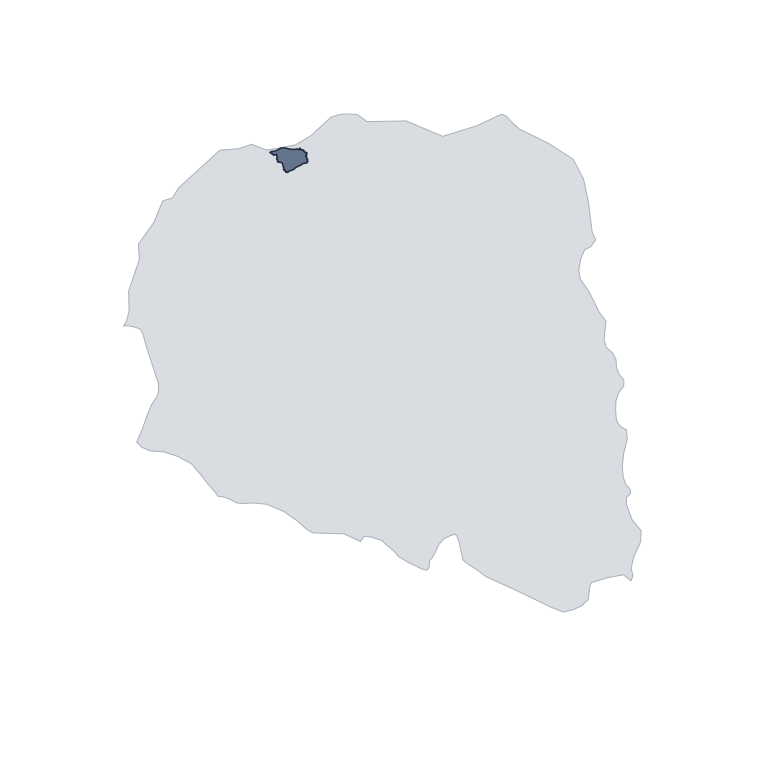 Soca, Canelones, Uruguay shown in context, rotated 162°
{"feature_id": "84410073B54882123998895", "entity_name": "Soca", "entity_type": "district", "adm_level": 2, "iso_a3": "URY", "parent_name": "Uruguay", "parent_adm1": "Canelones", "projection": "mercator", "projection_center": [-55.499, -34.679], "detail": "fine", "context": "in_parent", "style": "filled", "palette": "slate", "viewbox_px": 768, "rotation_deg": 162, "n_neighbors": 0, "source": "geoboundaries", "source_scale": "gbopen_adm2", "svg_char_len": 5429}
<svg xmlns="http://www.w3.org/2000/svg" viewBox="0 0 768 768"><g transform="rotate(162 384 384)"><path d="M613.7,519.7L609.0,524.0L604.0,532.0L598.1,551.3L578.2,578.0L574.2,593.1L552.8,608.9L537.7,626.7L527.8,626.2L518.9,633.9L467.8,657.1L449.4,652.7L435.8,652.8L423.2,642.6L394.4,638.8L376.3,642.9L352.0,654.2L344.7,654.0L339.4,653.4L326.3,648.8L319.1,638.8L281.7,627.4L251.7,601.4L216.2,600.9L189.0,604.3L184.8,600.9L182.0,594.2L176.4,584.6L153.0,561.8L134.6,539.2L130.9,517.1L133.5,493.0L139.0,464.6L138.1,455.8L144.8,450.7L151.6,449.7L158.1,442.4L163.9,431.3L164.8,423.0L160.3,407.5L157.2,385.9L153.5,375.2L161.0,358.3L161.3,350.1L157.0,342.9L155.8,335.5L157.8,327.9L157.4,320.6L154.7,313.6L156.7,307.8L163.6,303.2L168.7,296.2L172.0,286.8L173.7,279.6L173.8,274.6L171.8,269.9L167.6,265.5L169.5,256.8L177.6,243.7L182.8,232.1L185.2,222.0L185.1,213.8L182.4,207.6L183.5,203.4L188.5,201.2L190.7,194.7L190.0,178.4L184.8,165.0L188.8,154.4L200.1,142.2L205.9,132.3L206.4,124.8L209.9,120.5L215.3,128.6L231.4,130.7L247.5,131.0L250.1,129.0L256.5,115.7L264.8,111.9L273.9,110.9L283.9,111.6L294.5,120.4L324.4,149.1L346.4,169.1L353.1,178.6L358.9,185.7L363.3,192.3L361.5,209.5L361.7,217.0L362.8,219.2L367.8,219.3L375.3,218.1L381.5,214.4L386.4,208.9L391.2,204.4L395.1,202.0L396.5,198.4L398.7,194.6L401.0,193.8L405.4,196.6L415.7,206.4L423.6,215.5L425.6,220.7L428.6,226.1L431.9,230.8L434.2,235.5L442.0,241.5L449.8,245.3L455.1,241.4L468.4,253.9L497.8,264.4L503.2,270.8L508.2,279.8L518.5,293.5L532.7,305.8L544.2,311.0L555.2,314.0L561.3,316.7L565.5,321.5L572.2,326.6L576.5,328.5L577.9,333.0L582.2,343.0L586.8,355.7L591.7,367.5L602.4,378.8L614.5,387.6L627.0,392.6L634.0,398.8L637.1,405.2L628.6,414.7L619.5,426.8L611.4,436.2L603.0,442.8L600.3,447.4L598.4,454.5L598.5,492.0L597.8,506.1L598.4,509.8L599.6,512.3L604.9,516.0L611.1,519.2L613.7,519.7Z" fill="#d9dde1" stroke="#a8b0b8" stroke-width="1"/><path d="M390.8,634.1L391.1,634.2L391.9,633.9L392.6,633.5L392.9,633.3L393.1,633.4L393.2,633.5L393.2,633.8L393.4,634.0L393.6,634.2L393.9,634.5L394.2,634.3L395.8,634.4L396.1,634.6L396.5,635.0L397.4,635.2L398.4,635.2L398.9,635.4L399.3,635.7L399.8,636.2L400.4,636.4L400.9,636.5L401.3,636.7L401.9,636.8L402.1,637.0L402.6,637.4L403.2,637.9L404.0,638.3L404.6,638.8L405.2,639.1L405.6,639.2L405.9,639.4L406.5,639.4L408.2,640.0L408.9,640.1L409.3,640.3L409.7,640.2L410.3,640.0L410.7,639.9L413.3,639.5L414.7,639.2L415.5,639.2L416.2,639.3L416.7,639.5L417.3,639.5L419.4,639.9L419.8,639.9L420.1,639.6L420.8,639.4L420.7,639.1L420.2,638.5L420.1,638.3L419.9,638.1L419.8,637.9L419.7,637.8L419.4,637.9L419.2,637.8L419.1,637.7L419.0,637.4L419.1,637.1L418.9,636.7L418.4,636.0L418.3,635.9L418.1,635.7L417.9,635.6L417.6,635.7L417.4,635.7L417.2,635.7L416.8,635.5L416.6,635.5L416.3,635.5L416.1,635.5L415.6,635.7L415.4,635.7L415.2,635.6L415.2,635.4L415.3,635.3L415.4,635.2L415.5,635.1L415.5,634.9L415.4,634.7L415.4,634.4L415.5,634.2L415.6,633.8L415.6,633.6L415.4,633.2L415.4,632.8L415.6,632.5L415.5,632.3L415.5,632.1L415.6,631.9L415.8,631.8L416.0,631.8L416.3,631.7L416.4,631.4L416.5,631.2L416.4,631.1L416.4,630.7L416.2,630.6L416.2,630.4L416.1,630.2L416.2,629.8L416.2,629.6L416.3,629.5L416.3,629.4L416.3,629.2L416.2,629.1L416.2,628.9L416.3,628.9L416.2,628.6L416.3,628.5L416.4,628.4L416.4,628.2L416.3,627.9L416.2,627.8L416.2,627.7L415.9,627.5L415.7,627.4L415.4,627.4L415.4,627.5L415.1,627.6L414.9,627.4L414.6,627.2L414.4,627.1L414.2,627.0L414.1,626.9L414.0,626.7L413.9,626.6L413.7,626.6L413.4,626.5L413.4,626.4L413.2,626.2L413.0,625.9L412.9,625.8L412.9,625.7L412.7,625.5L412.5,625.4L412.4,625.3L412.4,625.2L412.4,624.9L412.4,624.7L412.5,624.5L412.5,624.4L412.5,624.1L412.6,623.9L412.6,623.5L412.6,623.2L412.6,622.9L412.6,622.7L412.6,622.2L412.6,621.9L412.6,621.7L412.8,621.6L412.8,621.4L412.7,621.2L412.6,620.9L412.5,620.7L412.6,620.4L412.6,620.2L412.8,619.9L412.8,619.7L412.8,619.4L413.0,619.3L413.3,619.2L413.2,618.9L412.9,618.9L412.8,618.6L412.7,618.5L412.7,618.4L412.7,618.2L412.4,618.3L412.2,618.2L412.1,617.9L411.9,617.6L411.8,617.4L411.9,617.2L412.1,617.2L412.2,616.9L412.0,616.7L411.9,616.7L411.7,616.6L411.6,616.4L411.4,616.4L411.3,616.2L411.5,616.1L411.8,616.0L411.9,615.9L411.9,615.7L411.2,615.5L410.6,615.1L410.1,614.9L409.9,615.0L409.7,615.2L408.9,615.8L408.5,615.8L406.1,615.8L404.6,615.8L403.7,616.0L403.3,616.3L402.5,616.4L402.0,616.8L401.3,616.9L400.6,617.2L400.1,617.3L397.5,617.7L397.1,617.6L396.6,617.7L395.8,617.8L395.4,617.8L395.1,617.9L394.8,618.1L394.4,618.3L393.7,618.3L393.1,618.6L392.5,618.6L389.1,618.1L388.9,618.1L388.8,618.4L388.6,618.7L388.4,619.0L387.8,619.1L387.9,619.4L387.9,619.6L387.8,619.8L387.6,619.9L387.6,620.2L387.6,620.4L387.7,620.5L387.7,620.9L387.3,621.0L387.2,621.2L387.2,621.3L387.4,621.5L387.8,621.9L387.7,622.5L387.8,622.9L387.8,623.0L387.6,623.1L387.4,623.4L387.3,623.6L387.3,623.8L387.5,624.0L387.8,624.1L387.8,624.4L387.7,624.5L387.4,624.9L387.7,625.4L387.8,625.6L387.7,625.7L387.6,625.9L387.3,626.0L387.0,626.0L386.6,626.0L386.4,626.1L386.3,626.5L386.5,627.0L386.5,627.3L386.2,627.4L386.1,627.5L385.9,627.7L386.0,627.9L386.1,628.0L386.4,628.2L386.7,628.2L386.9,628.2L387.2,628.4L387.2,628.6L387.2,628.8L387.3,628.9L387.5,628.9L387.7,629.2L388.1,629.6L388.3,629.9L388.3,630.2L388.2,630.3L388.0,630.5L388.0,630.9L388.4,631.2L388.9,631.4L389.2,631.5L389.0,631.8L389.3,631.9L390.0,632.2L390.6,632.5L391.2,632.5L391.4,632.7L391.5,632.8L391.1,633.4L390.7,633.5L390.8,634.1Z" fill="#64748b" stroke="#1e293b" stroke-width="1.5"/></g></svg>